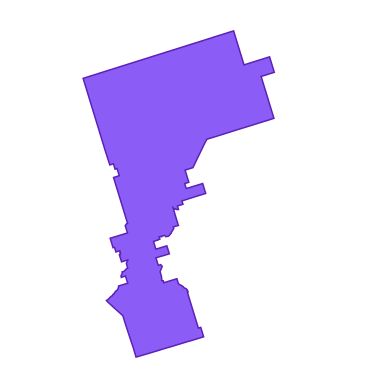 the district of Central Desert, Northern Territory, Australia, rotated 73°
{"feature_id": "25037944B81249572637263", "entity_name": "Central Desert", "entity_type": "district", "adm_level": 2, "iso_a3": "AUS", "parent_name": "Australia", "parent_adm1": "Northern Territory", "projection": "robinson", "projection_center": [134.79, -21.072], "detail": "fine", "context": "isolated", "style": "filled", "palette": "violet", "viewbox_px": 384, "rotation_deg": 73, "n_neighbors": 0, "source": "geoboundaries", "source_scale": "gbopen_adm2", "svg_char_len": 4842}
<svg xmlns="http://www.w3.org/2000/svg" viewBox="0 0 384 384"><g transform="rotate(73 192 192)"><path d="M333.9,223.2L324.0,223.2L324.0,225.7L313.1,225.7L309.0,225.7L303.1,225.7L293.3,225.7L286.5,225.7L286.5,225.0L286.2,225.0L285.6,225.0L285.3,225.0L285.2,225.1L284.7,225.2L284.5,225.3L284.4,225.5L284.2,225.6L283.8,225.3L282.8,225.9L282.7,226.1L282.3,226.4L282.2,226.5L281.9,226.8L281.6,227.1L281.3,227.5L281.1,227.7L281.0,227.8L280.9,227.9L280.7,227.9L280.3,227.9L280.1,228.0L279.6,228.4L279.4,228.6L279.2,228.7L279.2,228.8L279.0,229.0L278.9,229.0L278.5,229.3L278.4,229.4L278.0,229.8L277.7,230.1L277.0,230.7L276.6,231.1L276.4,231.2L276.2,231.4L275.8,231.8L270.5,231.8L270.5,235.1L270.5,245.6L268.5,245.4L267.9,246.9L266.8,246.5L263.9,245.9L260.5,245.8L258.8,245.8L254.4,242.2L252.3,243.2L252.3,244.2L252.3,245.7L247.5,245.7L244.4,245.7L244.4,242.4L244.4,241.1L244.5,238.6L244.5,231.7L243.6,231.7L236.1,231.8L236.1,242.5L236.1,243.2L234.0,243.3L228.0,243.2L228.0,242.8L228.1,242.6L228.0,242.3L228.0,242.0L228.0,241.7L228.0,241.2L228.0,240.9L228.0,240.6L228.0,240.3L228.0,239.7L228.0,238.6L227.7,238.6L227.7,236.5L227.1,236.5L225.2,236.5L225.3,236.3L225.4,235.7L225.4,235.3L225.7,234.8L225.8,234.3L225.9,234.1L225.7,234.0L225.5,233.9L225.2,233.8L225.5,232.5L225.5,232.2L225.4,231.3L226.0,230.8L226.5,230.3L227.1,230.1L227.4,227.4L225.3,223.9L224.8,223.7L221.6,220.1L219.9,220.1L220.0,214.8L217.3,214.8L215.0,214.8L214.7,214.8L211.6,214.8L201.7,214.7L202.2,214.4L203.0,213.4L203.4,213.3L203.5,213.0L203.6,212.5L204.2,211.8L204.6,211.1L204.8,210.0L202.5,210.0L201.5,210.0L201.3,210.0L201.1,210.0L201.1,204.2L198.9,204.2L197.6,204.2L197.5,197.3L197.4,189.2L197.4,186.5L197.4,179.3L196.9,179.3L187.0,179.3L187.0,185.5L187.0,190.0L187.0,196.5L181.8,196.5L181.8,192.2L179.0,192.2L169.1,192.2L169.0,189.6L169.0,184.0L161.5,177.1L154.0,170.1L150.9,167.3L145.9,162.4L145.9,153.0L145.9,151.3L145.8,140.6L145.7,129.8L145.7,120.0L145.7,119.1L145.6,108.4L145.6,97.6L145.5,92.1L135.8,92.1L133.7,92.1L117.9,92.1L106.5,92.1L102.3,92.1L102.1,92.1L101.7,92.1L101.7,86.8L101.6,78.3L95.1,78.3L91.8,78.3L85.4,78.3L85.5,87.2L85.5,89.1L85.5,91.3L85.6,102.0L85.6,105.1L63.9,105.1L59.9,105.1L57.3,105.1L57.1,105.1L50.1,105.1L50.1,110.2L50.2,117.3L50.2,120.5L50.2,124.5L50.2,125.4L50.3,129.1L50.8,189.3L50.9,197.8L51.1,220.9L51.2,234.7L51.5,262.9L65.1,262.9L83.4,262.9L92.7,262.9L101.9,262.9L104.5,262.9L114.5,262.9L119.1,262.9L124.0,262.9L129.1,262.9L132.1,262.8L136.6,262.8L142.1,262.7L142.1,258.9L142.5,258.9L147.7,258.9L147.7,256.8L155.1,256.8L155.2,262.8L165.1,262.8L167.3,262.8L168.0,262.8L171.3,262.8L176.2,262.8L178.1,262.8L187.5,262.8L193.1,262.8L196.1,262.8L200.0,262.8L201.2,262.8L201.3,262.8L203.2,262.8L203.2,263.8L204.6,265.7L212.3,265.7L212.3,271.1L212.3,271.6L212.3,273.6L212.3,283.8L218.4,283.8L219.4,283.8L222.2,283.8L222.2,283.3L222.2,282.8L222.2,282.6L222.8,282.3L227.1,282.3L227.1,281.1L227.1,278.2L229.2,278.2L229.2,278.8L230.8,278.8L230.8,279.2L230.8,279.8L231.1,279.8L232.0,279.8L232.3,279.8L235.9,279.8L238.2,279.8L238.2,279.6L238.2,273.3L241.2,275.7L243.7,275.7L245.8,275.7L245.8,276.0L245.9,276.4L246.0,276.7L246.1,277.0L246.8,277.9L246.8,278.0L247.0,278.3L247.1,278.5L247.2,278.9L247.3,279.1L247.6,279.6L247.7,279.8L247.8,280.1L247.9,280.3L248.0,280.5L248.0,282.2L248.7,282.2L248.8,282.3L249.4,282.7L249.6,282.8L249.8,283.0L250.0,283.1L250.2,283.3L250.4,283.5L251.0,284.0L251.5,284.5L253.0,284.6L252.9,280.2L256.4,280.2L256.9,280.2L260.4,280.1L260.4,289.7L260.5,289.8L260.9,289.9L261.0,289.9L261.3,290.0L261.5,290.1L262.1,290.5L262.3,290.6L262.7,290.9L262.9,291.0L263.0,291.1L263.2,291.4L263.3,291.5L263.5,291.8L263.7,292.0L264.0,292.3L264.1,292.5L264.1,292.8L264.2,293.0L264.4,293.4L264.5,293.5L264.6,293.9L264.6,294.0L264.7,294.3L264.8,294.5L265.0,294.8L265.3,294.9L265.5,295.1L265.7,295.4L265.9,295.7L266.0,295.8L266.3,296.0L266.5,296.1L266.5,296.3L266.6,296.8L266.6,297.0L266.8,297.5L267.0,297.7L267.1,297.8L267.4,298.0L267.5,298.1L267.6,298.3L267.7,298.6L267.8,298.8L268.1,299.0L268.1,299.3L268.1,299.5L268.2,299.8L268.3,300.1L268.4,300.3L268.5,300.6L268.6,300.8L268.7,301.1L268.8,301.2L268.8,301.3L268.9,301.5L269.0,301.6L269.2,301.9L269.4,302.1L269.5,302.2L269.7,302.6L269.8,302.9L269.9,303.1L270.1,303.6L270.2,303.9L270.3,304.2L270.5,304.7L270.6,304.8L270.6,305.0L270.8,305.4L270.8,305.5L272.5,304.8L281.3,299.6L290.1,294.3L297.4,294.3L303.6,294.2L313.6,294.0L323.7,293.7L333.4,293.8L333.5,293.8L333.6,286.1L333.7,281.0L333.7,268.1L333.7,266.0L333.7,264.4L333.7,263.3L333.7,262.8L333.7,262.0L333.7,260.1L333.8,259.6L333.8,257.5L333.8,256.0L333.8,255.1L333.8,254.9L333.8,254.3L333.8,253.8L333.8,253.6L333.8,253.3L333.8,252.7L333.8,248.0L333.8,246.9L333.8,242.2L333.8,240.1L333.8,239.5L333.8,238.8L333.9,238.0L333.9,237.4L333.9,236.3L333.9,228.5L333.9,223.7L333.9,223.2Z" fill="#8b5cf6" stroke="#5b21b6" stroke-width="1.5"/></g></svg>